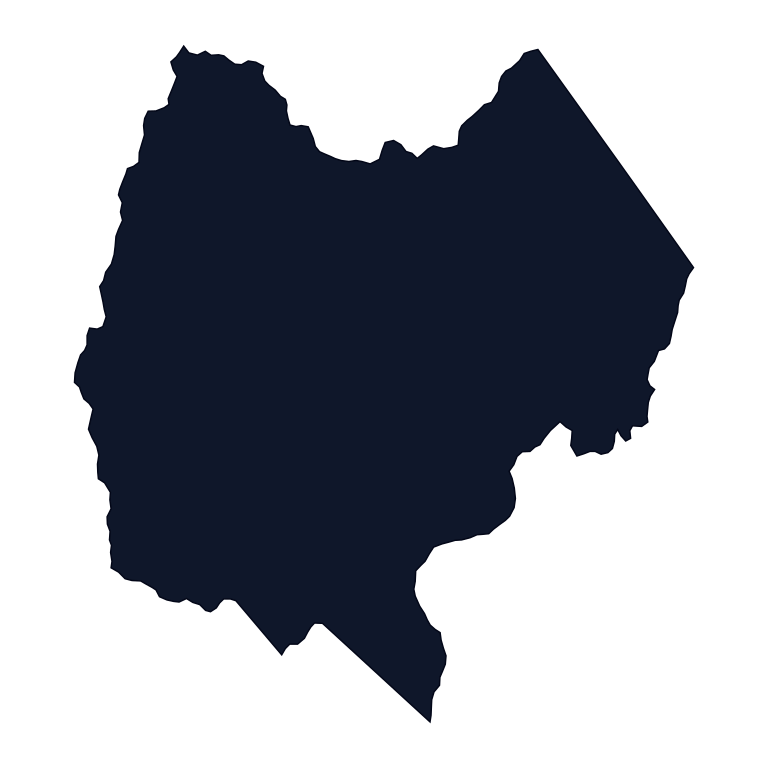 Iguaí, Bahia, Brazil (Robinson projection)
{"feature_id": "56859067B21747543887163", "entity_name": "Iguaí", "entity_type": "district", "adm_level": 2, "iso_a3": "BRA", "parent_name": "Brazil", "parent_adm1": "Bahia", "projection": "robinson", "projection_center": [-40.072, -14.65], "detail": "fine", "context": "isolated", "style": "filled", "palette": "ink", "viewbox_px": 768, "rotation_deg": 0, "n_neighbors": 0, "source": "geoboundaries", "source_scale": "gbopen_adm2", "svg_char_len": 3360}
<svg xmlns="http://www.w3.org/2000/svg" viewBox="0 0 768 768"><path d="M183.7,46.1L179.6,52.5L176.4,56.9L170.9,61.9L173.3,70.0L177.1,76.4L174.5,83.2L171.5,90.7L168.2,98.7L169.0,104.4L164.1,107.8L155.9,111.0L148.2,111.2L144.7,118.4L143.6,125.6L144.5,135.0L142.0,143.3L139.3,152.5L139.0,162.4L133.5,166.4L127.5,168.6L125.9,174.0L122.6,182.0L119.8,189.3L118.5,194.9L122.3,202.7L120.5,212.0L122.6,220.4L118.5,229.5L116.0,236.3L115.2,246.1L114.2,254.5L111.4,264.1L105.7,272.2L103.6,280.6L99.7,286.6L101.3,293.9L103.0,301.9L104.3,309.4L106.2,316.8L102.9,326.6L97.2,329.1L89.6,328.1L87.1,335.6L87.1,344.9L84.6,350.5L80.6,354.9L77.9,362.7L75.1,372.8L74.5,382.4L79.5,387.0L81.3,392.4L83.9,398.9L89.1,403.3L93.1,409.0L91.0,418.0L88.5,429.2L92.1,437.6L96.8,446.3L98.9,455.1L97.5,464.1L97.8,472.2L98.4,478.8L104.6,482.8L110.4,492.3L109.9,499.9L111.1,508.8L107.1,516.8L107.4,524.1L110.1,531.3L109.5,539.9L111.5,545.3L110.6,552.4L112.0,561.4L111.1,567.8L118.6,572.1L125.1,578.7L132.0,580.5L140.6,580.9L146.3,584.2L151.6,587.1L156.0,589.9L159.5,596.7L166.9,599.9L173.7,601.4L179.1,602.0L186.5,598.5L192.8,602.4L199.8,604.6L205.6,610.4L210.5,611.7L216.3,607.9L219.6,602.9L223.7,598.9L230.3,598.9L235.9,600.7L281.7,654.8L285.3,648.6L289.7,644.1L297.6,644.1L304.4,638.3L307.7,632.0L310.8,627.0L314.5,623.0L322.5,623.3L430.0,721.9L431.0,715.4L431.4,706.0L431.7,699.7L434.0,691.9L439.5,685.3L439.9,677.3L442.7,670.7L445.3,664.2L446.0,655.8L443.4,648.2L441.1,640.1L440.1,632.6L435.2,629.5L430.2,625.1L427.2,619.8L424.5,613.6L419.7,606.2L415.2,596.1L413.8,589.2L415.2,581.4L415.7,570.8L420.7,565.5L425.1,561.2L429.2,553.9L433.6,547.1L442.0,543.9L448.8,542.1L455.1,540.3L461.6,539.9L470.1,537.7L477.0,534.7L482.6,534.3L488.7,533.7L493.3,529.3L499.3,524.7L505.4,520.3L509.6,516.2L514.1,507.6L515.4,498.5L514.3,488.1L512.1,478.5L509.1,471.2L513.8,464.7L517.0,456.4L522.3,451.7L530.0,451.4L534.9,447.0L540.0,444.7L544.1,438.3L550.4,430.5L555.3,426.0L560.0,421.6L566.1,427.0L572.2,430.5L571.7,438.3L570.8,445.5L573.6,450.3L576.9,456.0L583.7,453.8L589.9,451.4L595.2,451.4L601.1,454.2L607.9,452.6L612.4,448.5L614.3,441.3L614.7,434.2L617.7,429.5L621.0,435.7L625.7,441.0L630.6,438.3L629.8,430.7L632.5,425.8L641.7,426.4L647.8,422.0L647.0,416.4L647.6,409.5L648.3,402.4L650.3,396.1L654.6,389.5L649.9,385.8L647.1,379.6L648.1,373.6L649.2,367.8L654.3,361.4L658.5,350.5L664.5,348.9L669.4,343.5L671.0,336.5L672.2,329.4L674.6,321.8L677.6,312.5L678.1,305.6L679.2,300.1L683.6,293.1L685.3,285.9L686.7,278.8L689.1,273.8L693.5,267.6L635.3,185.5L619.5,163.3L537.9,49.5L530.7,51.3L524.2,53.5L519.6,60.7L511.4,68.2L505.9,71.0L501.6,76.4L499.2,82.9L498.5,91.3L491.5,102.5L484.4,104.7L478.9,110.3L472.0,116.6L467.4,120.2L461.7,125.8L459.3,131.2L458.7,139.3L458.2,145.2L451.8,147.4L443.7,148.7L433.5,145.9L427.9,149.1L421.6,154.9L417.2,158.4L411.9,153.3L406.0,151.5L400.9,144.7L393.6,140.5L385.2,142.5L382.2,150.3L379.5,159.3L370.2,163.9L361.8,161.5L356.0,160.5L348.9,161.5L341.5,160.6L335.3,158.7L330.6,156.5L324.4,153.9L319.5,151.7L315.3,146.5L313.2,138.4L308.2,126.8L301.2,125.6L296.0,126.6L290.0,125.0L288.0,118.4L286.4,110.9L286.9,105.0L285.3,99.3L280.4,96.3L275.2,90.1L268.9,85.3L264.8,81.0L262.0,73.4L263.5,66.3L255.8,62.2L248.2,61.0L241.6,64.7L234.8,64.2L228.5,59.8L223.9,55.9L218.7,54.8L211.1,55.3L205.3,51.3L197.4,55.1L188.9,52.9L183.7,46.1Z" fill="#0f172a" stroke="#020617" stroke-width="1.5"/></svg>